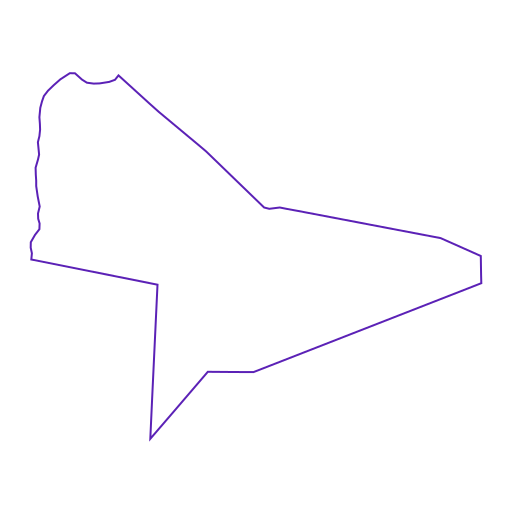 São José do Divino, Piauí, Brazil
{"feature_id": "56859067B31745956346531", "entity_name": "São José do Divino", "entity_type": "district", "adm_level": 2, "iso_a3": "BRA", "parent_name": "Brazil", "parent_adm1": "Piauí", "projection": "robinson", "projection_center": [-41.916, -3.781], "detail": "fine", "context": "isolated", "style": "outline", "palette": "violet", "viewbox_px": 512, "rotation_deg": 0, "n_neighbors": 0, "source": "geoboundaries", "source_scale": "gbopen_adm2", "svg_char_len": 811}
<svg xmlns="http://www.w3.org/2000/svg" viewBox="0 0 512 512"><path d="M150.3,438.8L174.4,410.8L207.8,371.8L232.0,372.0L253.5,372.1L481.3,283.2L481.1,275.3L480.8,256.0L440.6,238.1L398.0,230.0L298.3,211.0L286.3,208.8L279.8,207.5L269.3,208.8L264.1,207.5L206.1,151.4L199.6,145.9L158.7,111.8L149.2,103.3L118.5,75.4L115.0,79.8L109.2,81.9L99.7,83.4L93.7,83.6L86.9,82.7L82.0,79.6L75.0,73.3L69.8,73.2L60.4,79.3L53.7,85.2L48.0,90.7L43.9,96.0L42.0,101.4L40.3,107.8L39.4,117.2L39.9,124.0L40.1,129.6L39.4,136.2L37.9,142.2L38.4,147.3L39.1,154.6L38.0,159.5L35.6,167.7L35.8,174.7L36.2,180.7L36.2,186.1L37.7,196.4L39.7,206.5L38.0,213.5L38.2,218.8L39.6,223.5L39.4,229.2L35.0,234.9L30.8,242.2L30.7,247.7L31.9,253.3L31.3,259.5L157.5,284.7L152.1,399.3L151.8,405.9L150.3,438.8Z" fill="none" stroke="#5b21b6" stroke-width="2"/></svg>